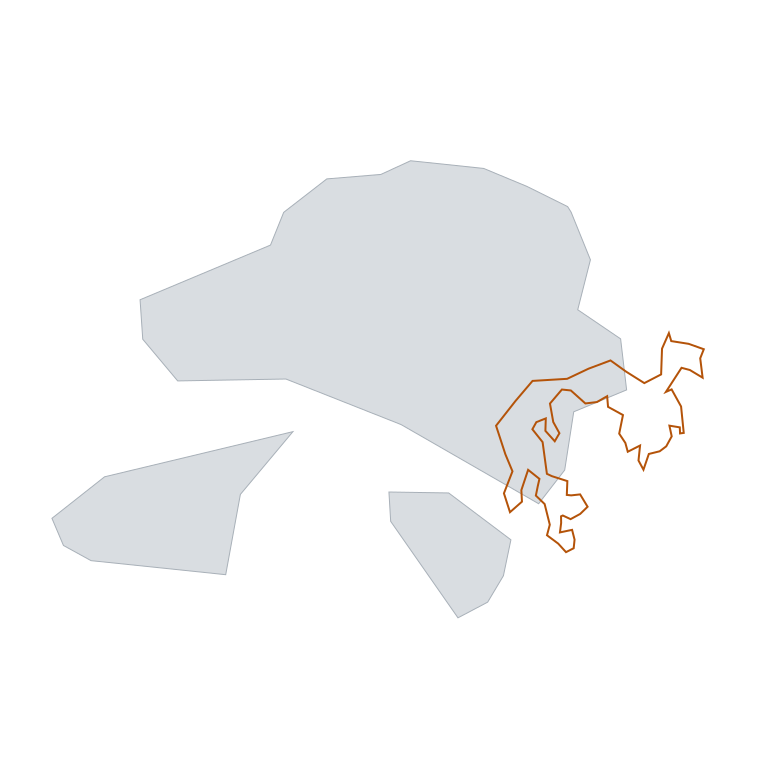 Sai Kung on a map of Hong Kong S.A.R. (Mercator projection), rotated 6°
{"feature_id": "HKG-5162", "entity_name": "Sai Kung", "entity_type": "state/province", "adm_level": 1, "iso_a3": "HKG", "parent_name": "Hong Kong S.A.R.", "parent_adm1": "", "projection": "mercator", "projection_center": [114.312, 22.352], "detail": "fine", "context": "in_parent", "style": "outline", "palette": "amber", "viewbox_px": 768, "rotation_deg": 6, "n_neighbors": 0, "source": "natural_earth", "source_scale": "10m", "svg_char_len": 1690}
<svg xmlns="http://www.w3.org/2000/svg" viewBox="0 0 768 768"><g transform="rotate(6 384 384)"><path d="M266.3,223.8L269.5,220.7L305.7,186.0L359.0,175.9L387.1,159.2L460.6,159.2L505.6,172.6L548.1,188.4L552.1,193.5L576.3,238.9L568.9,289.9L614.6,314.4L625.9,364.5L575.6,391.8L572.7,450.7L550.3,486.9L405.3,422.6L285.9,389.3L178.5,402.5L139.4,364.7L132.6,325.7L256.6,257.7L266.3,223.8ZM246.5,590.2L111.1,590.3L82.1,578.1L67.8,552.3L115.8,505.5L298.4,440.9L252.7,508.8L246.5,590.2ZM509.9,590.1L482.0,608.8L405.0,519.9L400.2,490.9L459.7,485.6L526.5,525.7L522.8,562.2L509.9,590.1Z" fill="#d9dde1" stroke="#a8b0b8" stroke-width="1"/><path d="M662.0,303.6L665.2,311.3L682.7,312.2L698.4,316.0L695.8,325.4L700.2,344.4L686.7,338.1L678.2,336.8L665.2,362.4L670.6,359.3L681.8,375.3L687.2,401.3L683.6,402.2L682.7,396.2L672.2,395.6L675.6,406.0L671.2,416.5L665.2,422.1L654.7,425.9L651.0,442.1L645.1,433.5L645.1,418.4L633.5,425.9L630.2,417.4L623.1,408.8L624.9,389.9L609.2,383.3L607.2,372.8L597.6,379.7L586.3,382.3L570.5,370.9L561.5,370.9L551.1,386.1L556.3,404.1L563.6,414.6L559.8,423.1L549.4,413.7L548.5,401.3L539.5,406.0L536.3,413.5L547.8,425.2L555.4,456.3L560.6,458.1L576.5,461.4L577.4,475.2L581.8,475.2L590.6,473.3L599.3,484.8L592.7,492.7L583.7,498.9L575.6,496.1L573.9,497.1L574.7,503.7L574.5,513.2L586.3,509.4L589.8,518.9L589.8,527.5L582.6,532.2L573.9,524.5L561.9,517.4L563.6,506.6L556.3,486.6L546.7,479.1L547.6,469.6L548.5,462.1L536.3,454.3L531.7,475.2L533.5,486.6L522.7,498.3L514.7,480.2L520.9,457.4L512.1,441.3L499.8,413.8L516.5,387.2L531.4,365.4L565.6,359.7L585.8,347.4L606.8,336.9L623.5,346.4L642.8,355.9L658.6,345.5L656.8,319.8L662.0,303.6Z" fill="none" stroke="#b45309" stroke-width="2"/></g></svg>